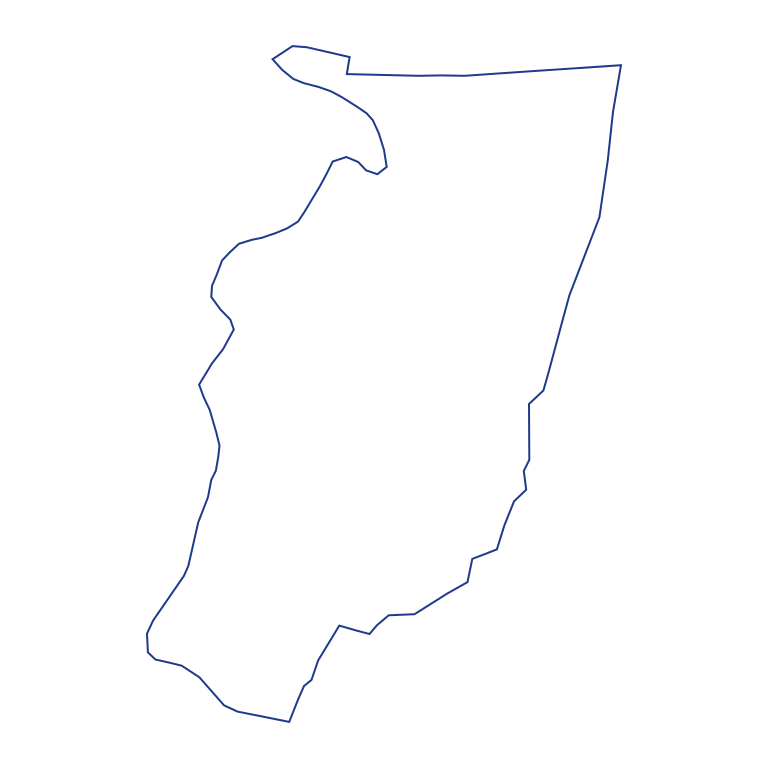 the district of Estrela, Rio Grande do Sul, Brazil
{"feature_id": "56859067B89711005984674", "entity_name": "Estrela", "entity_type": "district", "adm_level": 2, "iso_a3": "BRA", "parent_name": "Brazil", "parent_adm1": "Rio Grande do Sul", "projection": "robinson", "projection_center": [-51.937, -29.513], "detail": "fine", "context": "isolated", "style": "outline", "palette": "blue", "viewbox_px": 768, "rotation_deg": 0, "n_neighbors": 0, "source": "geoboundaries", "source_scale": "gbopen_adm2", "svg_char_len": 1274}
<svg xmlns="http://www.w3.org/2000/svg" viewBox="0 0 768 768"><path d="M272.6,59.2L282.1,69.8L293.4,79.0L303.7,83.1L318.7,87.0L330.9,91.3L342.1,97.3L357.1,106.8L366.6,113.3L372.8,120.2L378.8,133.3L384.0,149.9L386.7,166.9L377.4,174.2L366.2,170.4L358.2,162.0L346.3,157.0L332.7,161.5L326.7,173.6L320.1,185.9L312.1,199.2L304.2,212.3L298.0,221.6L287.2,228.3L276.4,232.8L261.8,237.8L251.5,239.9L238.9,243.8L229.9,252.2L222.1,260.4L216.4,275.5L212.0,285.8L211.3,297.0L220.6,309.7L230.3,319.6L233.8,329.5L223.0,349.3L212.2,363.1L199.1,384.6L203.8,397.4L209.8,410.1L216.4,432.9L219.5,445.6L218.3,456.6L215.9,470.6L211.3,479.8L208.0,497.1L198.2,522.5L188.3,566.0L183.9,575.9L153.0,620.7L147.0,633.6L147.9,652.4L155.4,659.5L170.4,662.9L181.7,665.7L199.4,677.3L224.0,705.3L237.5,711.6L289.2,721.9L298.0,699.7L304.0,686.0L311.5,679.9L318.1,660.5L339.3,625.6L355.2,630.2L369.5,634.0L377.0,625.2L388.7,615.3L414.5,614.2L446.8,593.8L467.5,582.1L472.3,558.9L496.9,549.4L504.4,525.3L514.0,501.4L526.2,489.7L523.8,471.0L529.3,459.8L529.0,404.0L543.4,390.5L548.7,371.9L561.7,323.5L569.4,295.3L599.4,217.3L607.8,160.2L613.0,111.8L621.0,65.2L527.0,71.5L464.6,75.8L440.7,75.4L418.7,75.8L346.8,74.1L349.6,57.1L306.6,47.2L292.5,46.1L272.6,59.2Z" fill="none" stroke="#1e3a8a" stroke-width="2"/></svg>